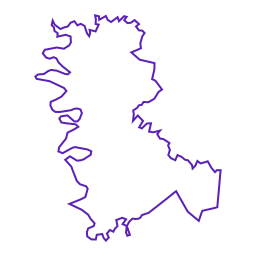 the district of Liberato Salzano, Rio Grande do Sul, Brazil
{"feature_id": "56859067B3780228367855", "entity_name": "Liberato Salzano", "entity_type": "district", "adm_level": 2, "iso_a3": "BRA", "parent_name": "Brazil", "parent_adm1": "Rio Grande do Sul", "projection": "robinson", "projection_center": [-53.076, -27.548], "detail": "fine", "context": "isolated", "style": "outline", "palette": "violet", "viewbox_px": 256, "rotation_deg": 0, "n_neighbors": 0, "source": "geoboundaries", "source_scale": "gbopen_adm2", "svg_char_len": 2558}
<svg xmlns="http://www.w3.org/2000/svg" viewBox="0 0 256 256"><path d="M88.2,228.4L86.9,232.0L87.2,236.4L91.4,239.4L95.8,239.5L96.8,234.8L102.2,234.0L103.7,238.0L105.9,240.6L108.8,237.5L106.9,233.6L109.9,230.0L113.4,231.7L114.9,228.7L117.5,226.0L116.3,220.0L122.3,217.8L126.1,219.3L122.6,224.1L126.8,226.0L129.5,221.4L132.5,218.6L135.3,219.0L138.2,218.8L140.4,217.6L141.9,215.1L148.7,212.8L168.1,197.6L174.0,192.8L176.1,191.2L187.7,211.6L198.8,220.9L200.6,215.4L202.3,210.8L213.7,208.2L217.3,207.2L220.6,170.2L216.8,170.2L215.0,172.1L211.4,167.8L207.7,161.3L204.3,162.4L200.5,163.4L197.4,161.0L195.4,165.7L192.6,168.5L192.0,165.0L187.9,160.3L185.0,159.7L181.5,156.8L177.5,155.1L175.3,160.2L170.8,158.1L168.3,155.0L169.9,149.9L168.1,145.4L169.4,143.0L163.2,139.0L160.0,138.6L157.2,134.1L160.0,130.6L153.0,132.3L149.1,131.6L151.0,123.3L146.9,123.5L144.2,126.1L141.9,128.4L139.2,127.3L143.0,120.9L137.8,115.5L133.0,120.9L133.8,114.2L133.2,110.4L137.0,108.0L138.9,105.3L141.6,104.9L143.6,102.0L148.4,102.2L154.4,98.7L158.5,92.0L162.0,89.5L155.4,80.7L152.1,79.1L154.4,69.4L154.5,63.1L139.7,59.7L131.3,52.4L140.9,48.3L140.3,43.5L142.2,36.5L144.6,33.0L142.2,30.6L139.0,30.4L136.0,26.5L139.0,24.1L134.6,20.1L131.0,22.7L127.5,23.1L124.2,20.1L126.6,16.8L124.1,16.2L119.0,21.2L117.6,17.2L115.0,19.1L111.1,22.0L107.7,19.9L105.9,16.0L99.2,19.8L99.0,16.3L95.1,15.4L95.9,19.4L95.6,24.0L98.7,24.6L95.6,31.4L89.6,29.9L90.2,33.0L89.2,36.2L87.0,33.3L84.6,26.0L80.8,23.8L77.4,25.3L74.3,21.2L70.5,22.8L67.8,26.5L64.2,27.4L60.4,29.0L54.7,24.7L52.7,20.6L51.7,25.2L53.9,27.4L54.5,30.9L57.7,33.3L57.3,36.7L65.7,34.8L70.6,36.5L70.9,42.4L69.3,45.3L64.0,48.7L56.7,47.5L44.8,49.8L42.8,53.3L46.0,57.5L49.7,58.7L53.6,57.2L56.4,58.4L58.7,62.6L62.7,66.5L70.0,72.3L67.9,74.3L65.1,74.0L56.9,70.7L51.1,69.9L48.1,71.1L43.9,74.0L38.0,74.5L35.4,76.5L36.7,78.9L40.3,79.5L49.6,81.2L64.0,88.0L66.4,91.0L61.5,96.6L55.5,99.8L50.7,101.8L50.4,105.4L52.4,109.8L55.3,111.9L59.6,112.0L71.1,110.2L74.3,108.8L77.3,108.5L80.4,109.4L81.9,113.0L79.6,119.0L77.4,121.4L74.3,121.4L67.5,115.4L61.1,116.3L59.3,118.5L61.4,122.5L65.5,123.2L75.6,124.3L78.3,126.8L73.8,129.5L67.5,132.7L66.1,138.5L59.1,147.3L58.4,151.4L62.6,153.2L72.4,147.8L75.1,147.1L87.6,149.5L91.3,151.3L90.7,154.8L83.9,159.2L81.1,160.2L77.1,160.7L69.9,156.3L65.2,159.8L71.4,166.7L72.4,169.6L76.8,180.9L79.9,184.2L86.2,186.3L87.7,188.7L85.4,197.0L81.3,199.1L69.4,203.9L81.6,209.7L88.1,214.6L90.7,219.0L94.6,223.3L93.8,226.0L88.2,228.4ZM126.8,226.0L126.0,232.4L127.3,235.7L129.9,234.9L126.8,226.0Z" fill="none" stroke="#5b21b6" stroke-width="2"/></svg>